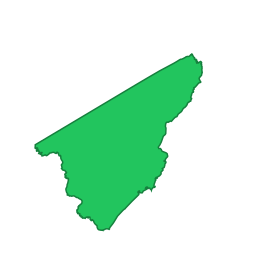 the district of Padilla, Cauca, Colombia, rotated 221°
{"feature_id": "7082276B60306197316687", "entity_name": "Padilla", "entity_type": "district", "adm_level": 2, "iso_a3": "COL", "parent_name": "Colombia", "parent_adm1": "Cauca", "projection": "equal_earth", "projection_center": [-76.342, 3.186], "detail": "fine", "context": "isolated", "style": "filled", "palette": "green", "viewbox_px": 256, "rotation_deg": 221, "n_neighbors": 0, "source": "geoboundaries", "source_scale": "gbopen_adm2", "svg_char_len": 5622}
<svg xmlns="http://www.w3.org/2000/svg" viewBox="0 0 256 256"><g transform="rotate(221 128 128)"><path d="M128.7,224.5L128.7,222.7L129.0,221.9L130.2,220.9L130.9,219.8L131.1,218.8L132.1,216.2L132.8,214.9L133.4,214.4L133.8,213.4L134.6,210.7L135.8,207.1L141.6,191.9L146.1,178.7L150.1,166.7L187.0,54.5L186.2,53.6L185.2,52.2L184.9,51.9L184.4,51.8L184.1,52.0L183.9,53.1L183.7,53.4L183.0,53.4L182.8,53.3L182.4,51.1L181.8,50.6L181.4,50.8L181.4,52.5L181.2,52.6L180.7,52.4L180.1,51.8L179.3,52.0L179.2,51.9L178.8,50.4L178.7,50.2L177.8,51.0L177.4,52.5L176.9,53.0L176.7,52.9L176.7,52.5L176.8,51.9L177.1,51.0L177.1,50.8L177.1,50.7L175.2,51.1L174.7,50.5L174.3,50.8L173.7,51.7L173.1,53.0L172.9,53.3L172.5,53.5L171.6,53.5L171.2,53.9L171.0,54.8L170.6,56.3L170.7,57.3L170.6,57.8L169.8,58.6L169.3,59.6L168.5,60.5L167.8,61.1L166.8,61.2L165.6,61.6L165.5,62.0L165.7,62.5L165.7,63.2L165.5,63.3L164.8,63.0L164.1,63.4L163.6,62.9L162.7,62.3L161.6,61.9L161.1,62.3L160.9,62.8L160.6,62.6L160.4,62.7L158.7,61.0L157.5,60.4L155.6,59.9L154.4,58.9L154.1,57.7L154.2,57.0L154.0,56.3L153.2,55.9L152.5,55.3L152.0,55.1L151.5,54.1L151.5,53.8L150.9,53.9L150.3,53.5L150.0,53.5L149.4,53.6L147.6,54.6L146.4,54.0L145.9,54.3L145.5,54.3L145.3,54.2L145.0,53.5L145.0,53.3L145.4,52.5L145.3,51.7L144.9,51.2L144.4,51.1L143.6,51.3L143.4,51.0L143.4,50.5L143.5,50.0L143.4,49.7L143.2,49.6L142.5,50.1L142.3,50.1L142.0,49.5L141.8,49.5L141.5,49.7L141.4,50.2L141.1,50.3L140.7,49.9L140.5,50.0L140.1,50.7L139.6,50.6L138.9,49.7L137.4,47.1L136.8,45.4L135.6,43.7L135.1,41.8L134.8,41.2L134.1,40.5L132.4,39.3L131.4,38.9L130.4,38.7L130.2,38.4L130.1,37.8L129.9,37.6L129.4,37.8L128.6,38.4L128.2,38.4L127.8,38.2L127.6,38.2L126.9,39.0L125.7,39.6L124.8,40.9L123.8,41.5L121.3,41.8L120.6,42.3L119.9,42.6L118.8,42.6L116.1,43.2L115.4,43.0L114.9,42.8L114.2,42.1L113.6,41.1L113.4,40.2L113.9,38.8L113.6,37.7L114.0,37.3L114.1,36.9L113.7,36.4L113.9,35.6L113.2,35.2L112.6,34.4L112.8,32.7L112.6,32.3L112.0,32.2L111.5,31.1L110.8,31.0L110.4,31.3L110.1,31.3L109.9,30.5L109.5,30.5L109.1,30.7L108.2,31.6L107.9,31.3L107.0,30.1L106.7,30.2L106.5,30.7L106.1,31.0L105.9,30.8L105.3,30.1L104.7,30.2L104.2,30.8L103.5,30.2L103.1,30.2L102.8,30.4L102.5,31.0L101.9,31.4L101.0,31.7L101.0,32.0L101.2,32.4L101.2,32.7L100.6,33.5L100.6,34.0L100.1,34.3L99.9,33.9L99.3,33.9L99.0,34.0L99.0,34.4L99.2,34.6L99.3,35.0L98.7,35.3L98.5,35.7L98.2,35.7L97.5,35.2L96.8,34.3L96.5,34.2L96.1,34.4L95.4,34.0L95.0,34.0L94.7,34.4L95.0,34.7L94.9,35.3L94.6,35.5L94.2,35.2L93.0,35.3L92.1,34.7L90.9,34.2L89.3,33.9L87.4,34.0L85.8,32.6L84.4,32.0L83.4,32.0L81.9,32.8L80.1,34.1L79.6,34.3L79.9,34.9L79.2,35.7L78.6,37.4L76.6,39.0L75.9,39.0L75.7,39.1L75.7,39.5L76.3,40.4L76.4,40.9L76.7,46.0L76.9,47.7L78.1,54.7L77.8,62.6L77.5,64.5L77.2,65.2L77.3,65.7L77.3,66.8L76.9,75.6L76.4,81.5L76.2,84.7L76.5,85.4L76.8,85.7L77.9,85.8L78.4,86.1L78.6,86.9L78.3,87.8L78.0,88.0L77.7,87.8L77.5,87.0L77.1,86.9L75.6,87.6L74.7,88.5L74.7,88.8L75.0,89.6L75.1,90.1L75.0,90.8L73.9,93.6L73.9,94.0L74.0,94.2L74.5,94.2L75.3,94.0L75.5,94.7L75.4,95.3L75.0,95.9L74.7,96.1L74.3,96.1L74.1,95.9L73.9,95.2L73.5,94.9L73.2,95.1L73.2,95.6L72.9,96.3L72.2,96.9L71.1,96.5L70.0,96.7L69.5,96.4L69.9,97.3L70.1,99.0L70.0,99.4L69.0,100.7L69.0,101.4L69.2,101.6L69.8,101.1L70.1,101.0L70.5,101.3L71.5,103.0L72.2,104.9L72.5,105.3L72.8,106.3L72.9,107.1L73.5,107.3L73.9,107.3L74.2,107.6L74.3,108.0L74.4,109.0L74.1,109.5L73.9,109.5L73.5,109.0L73.3,108.9L73.1,109.1L73.1,109.5L73.6,110.1L73.6,110.4L73.1,111.8L72.8,112.7L72.8,114.6L73.0,115.2L73.9,116.0L74.1,116.4L74.0,118.7L74.0,119.3L74.3,119.5L75.5,119.9L75.0,121.2L74.9,122.2L75.9,124.2L76.5,124.9L76.6,126.4L77.0,127.2L77.4,127.3L77.7,127.2L78.1,126.9L78.6,126.6L78.9,126.6L79.1,126.9L79.2,127.2L78.8,127.7L78.7,128.2L79.3,129.2L79.4,130.6L79.3,132.2L79.5,132.7L80.2,133.3L80.9,133.7L81.2,134.1L81.8,134.3L83.1,134.2L86.5,133.0L87.0,132.9L87.8,133.0L88.8,133.6L89.9,133.7L90.4,133.6L91.3,132.7L92.5,133.3L92.7,133.8L92.8,135.6L93.0,136.6L93.7,139.3L95.9,144.8L95.9,145.7L95.7,146.8L95.7,147.8L95.9,148.6L99.1,152.6L99.7,153.1L100.8,153.7L102.5,156.2L102.6,156.8L102.4,158.1L101.4,158.7L101.3,158.9L101.2,159.6L100.8,160.1L100.7,160.8L100.2,161.3L99.7,161.4L99.6,161.7L99.6,164.8L99.5,166.5L99.3,167.5L98.6,168.5L98.7,169.6L99.2,170.9L99.2,171.4L99.0,172.7L98.6,174.6L98.5,175.2L98.5,175.9L99.0,178.3L99.0,179.6L98.6,180.8L98.5,183.0L98.7,184.3L99.3,185.6L99.3,186.0L99.2,187.4L98.9,187.7L98.9,188.6L98.3,189.4L98.3,189.5L98.5,189.9L99.1,190.5L99.1,191.5L99.3,192.0L99.5,192.1L100.3,191.9L100.5,192.0L100.7,192.5L101.1,192.9L101.4,194.1L101.7,194.5L101.9,194.6L102.0,195.2L102.6,196.3L102.6,197.1L102.2,197.9L102.3,198.3L102.8,198.6L103.3,198.6L103.5,199.1L103.9,199.7L103.9,200.0L103.6,200.2L103.6,200.7L103.7,200.9L104.7,201.5L104.7,201.8L104.1,203.0L104.1,206.5L104.2,208.2L103.3,209.8L103.2,210.4L103.3,210.5L105.0,211.0L106.7,211.9L107.1,212.7L107.0,213.5L107.3,214.1L107.1,214.9L107.1,216.0L108.1,217.6L108.2,218.3L108.5,218.6L108.9,218.6L109.0,219.0L109.4,219.5L110.6,220.3L110.7,220.8L111.1,221.2L111.3,221.7L111.7,221.9L112.2,222.7L112.5,222.9L113.2,222.9L113.4,223.3L113.5,223.6L113.9,223.9L114.2,224.3L114.5,224.3L114.9,224.1L115.1,224.2L115.2,224.5L115.1,225.3L115.4,225.7L116.1,225.9L116.8,225.9L117.1,225.3L117.7,223.1L118.2,222.8L118.7,222.1L119.1,222.2L119.1,222.6L118.9,223.1L118.9,223.5L119.2,223.6L119.6,223.4L120.1,223.7L120.4,223.3L120.7,223.2L120.9,223.6L120.8,224.3L121.5,224.3L121.9,224.4L122.5,223.6L122.9,223.5L123.3,223.7L123.5,224.3L123.7,224.6L125.3,224.7L126.6,225.2L127.2,225.0L127.5,225.5L127.9,225.2L128.0,225.2L128.3,225.7L128.5,225.6L128.5,224.7L128.7,224.5Z" fill="#22c55e" stroke="#15803d" stroke-width="1.5"/></g></svg>